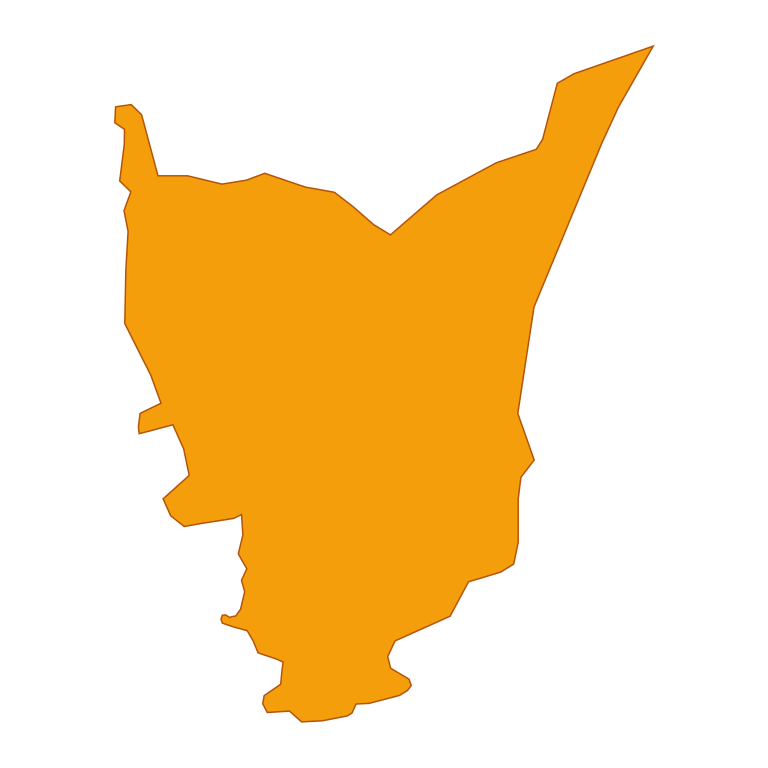 the district of Banamba, Koulikoro, Mali
{"feature_id": "8926073B21738268784100", "entity_name": "Banamba", "entity_type": "district", "adm_level": 2, "iso_a3": "MLI", "parent_name": "Mali", "parent_adm1": "Koulikoro", "projection": "equal_earth", "projection_center": [-7.411, 13.87], "detail": "fine", "context": "isolated", "style": "filled", "palette": "amber", "viewbox_px": 768, "rotation_deg": 0, "n_neighbors": 0, "source": "geoboundaries", "source_scale": "gbopen_adm2", "svg_char_len": 1281}
<svg xmlns="http://www.w3.org/2000/svg" viewBox="0 0 768 768"><path d="M534.2,460.0L517.8,413.5L534.0,307.0L601.9,143.0L618.3,107.4L653.2,46.1L574.0,73.7L557.3,83.3L542.6,139.3L536.3,149.3L496.2,162.8L436.7,194.9L390.4,234.9L373.6,224.6L352.6,206.3L334.4,192.3L305.3,187.1L264.7,173.3L246.3,180.2L221.9,184.1L187.5,175.8L158.0,175.8L141.6,114.8L131.2,104.6L115.6,106.8L114.8,122.7L124.5,129.4L124.3,144.1L119.7,181.0L130.9,191.8L124.0,210.6L128.1,231.4L126.3,261.9L125.8,271.4L124.8,323.6L150.8,375.2L161.0,403.2L140.1,413.4L138.4,427.0L139.2,433.7L172.9,424.8L183.7,449.0L189.2,475.4L163.1,498.8L170.7,515.8L184.2,526.5L202.2,523.3L233.6,518.4L241.5,514.6L242.9,534.9L238.3,553.8L242.0,560.5L246.8,568.7L241.5,580.4L244.7,591.6L240.6,609.1L235.8,616.0L232.0,616.6L229.7,617.5L225.6,614.9L222.3,615.2L221.0,619.3L222.4,623.2L234.3,627.2L247.2,630.7L253.4,641.4L258.1,652.9L276.6,659.1L283.1,662.1L281.9,671.0L280.7,684.2L264.2,695.6L262.7,703.7L267.3,712.5L289.5,711.1L301.6,721.9L322.2,720.8L347.3,715.9L352.0,713.0L356.1,704.0L368.9,703.4L399.5,695.4L407.5,690.5L411.2,685.5L409.0,679.2L390.6,668.2L387.7,656.6L395.0,640.9L450.1,616.2L468.5,581.8L500.9,572.0L513.7,564.0L518.2,542.4L518.2,498.8L520.9,477.3L534.2,460.0Z" fill="#f59e0b" stroke="#b45309" stroke-width="1.5"/></svg>